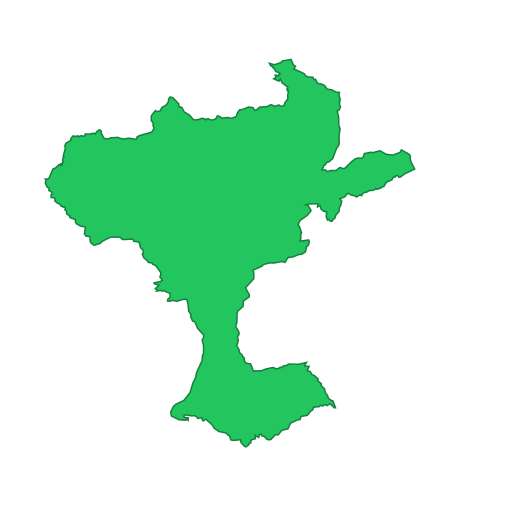 La Playa, Norte de Santander, Colombia (Robinson projection), rotated 72°
{"feature_id": "7082276B99344339057912", "entity_name": "La Playa", "entity_type": "district", "adm_level": 2, "iso_a3": "COL", "parent_name": "Colombia", "parent_adm1": "Norte de Santander", "projection": "robinson", "projection_center": [-73.187, 8.269], "detail": "fine", "context": "isolated", "style": "filled", "palette": "green", "viewbox_px": 512, "rotation_deg": 72, "n_neighbors": 0, "source": "geoboundaries", "source_scale": "gbopen_adm2", "svg_char_len": 6076}
<svg xmlns="http://www.w3.org/2000/svg" viewBox="0 0 512 512"><g transform="rotate(72 256 256)"><path d="M424.9,227.3L417.3,227.7L416.4,229.3L413.6,231.1L410.8,231.1L407.6,232.2L403.6,231.9L399.3,234.1L397.9,233.3L393.3,236.0L392.2,234.9L387.5,237.6L386.0,239.5L382.7,240.1L381.0,242.8L377.4,239.6L375.8,243.6L375.0,243.5L372.9,240.9L372.1,249.1L368.8,258.5L369.5,260.4L369.1,264.3L370.2,265.7L369.2,267.4L369.9,268.6L369.4,272.4L367.9,273.2L367.2,274.9L366.5,282.1L366.9,285.9L364.5,294.1L357.0,294.4L355.2,297.9L352.9,299.5L348.9,298.7L348.2,299.6L345.7,299.8L343.1,301.4L339.6,301.1L335.5,302.1L330.9,298.9L327.4,298.7L325.1,296.2L322.7,295.8L316.5,297.1L313.1,294.6L304.6,291.7L302.8,290.3L299.8,283.8L295.0,282.1L292.9,275.1L290.9,274.3L283.0,275.8L276.9,265.1L271.2,263.3L268.6,263.4L267.4,253.0L266.4,251.7L266.8,245.0L268.2,241.2L269.2,233.3L271.0,230.3L267.4,226.1L268.3,220.7L267.8,215.1L268.5,212.2L267.4,207.7L263.0,205.2L261.7,202.6L258.6,200.8L257.0,201.0L255.5,209.4L253.1,207.9L249.5,206.9L248.2,205.6L241.9,205.5L238.8,206.2L235.7,202.8L233.3,195.0L230.3,190.0L229.3,189.6L224.2,190.8L222.8,192.9L222.9,189.3L225.6,180.7L228.3,182.3L228.0,179.5L231.7,179.6L234.1,178.1L235.9,175.2L240.1,177.0L243.9,176.9L243.7,175.4L245.7,174.7L246.4,172.9L245.1,171.4L244.6,169.5L241.7,167.3L239.2,163.2L235.1,161.3L234.5,160.1L230.3,157.5L227.5,158.6L227.2,153.3L224.9,149.9L225.6,147.9L227.2,147.1L229.4,143.2L230.9,142.4L230.1,138.2L231.3,136.8L230.2,136.0L229.0,133.5L229.5,130.8L228.8,128.4L229.7,124.3L229.6,122.4L228.8,121.3L229.9,120.4L230.1,119.0L229.6,117.9L230.1,116.6L229.1,114.5L229.5,113.0L226.2,109.3L225.5,103.1L224.1,101.9L223.4,100.5L223.9,99.3L222.9,98.2L223.4,96.3L225.3,95.8L225.5,93.9L223.9,89.7L222.3,78.2L214.4,79.5L211.5,79.4L208.6,78.3L206.3,79.1L200.0,85.0L202.0,87.0L202.3,94.7L199.5,100.8L194.2,105.5L193.8,112.9L192.8,114.7L192.1,121.3L195.3,123.6L195.7,125.4L194.4,128.5L194.3,131.4L195.6,135.4L200.1,144.6L199.7,146.4L197.7,148.8L199.4,153.4L197.8,158.5L197.8,161.9L195.5,163.6L194.6,166.6L191.2,163.7L190.5,161.6L188.9,160.1L189.0,157.5L187.1,153.0L178.4,146.0L176.5,143.4L174.6,142.0L167.3,139.9L161.0,136.7L156.9,136.8L149.3,134.4L143.2,134.0L142.8,131.8L140.6,129.7L137.9,129.7L135.0,128.8L133.4,127.5L128.9,127.5L126.2,126.1L125.2,128.8L121.2,132.8L119.3,136.8L114.9,138.1L112.1,141.4L111.0,144.0L106.3,144.8L106.0,146.4L103.5,146.7L102.2,150.4L100.2,153.1L97.9,153.6L96.5,154.8L89.8,162.2L87.8,159.8L85.7,161.4L79.9,161.9L78.7,170.3L79.7,172.8L79.8,178.0L79.5,179.8L76.9,183.7L79.9,183.2L80.8,181.6L82.1,181.8L83.2,180.8L86.8,180.1L88.4,177.9L90.2,176.8L90.6,178.3L91.7,179.1L90.1,181.0L90.0,182.0L92.3,181.6L93.0,184.4L96.8,180.2L95.0,178.2L99.3,177.7L105.2,173.6L107.2,175.3L108.2,174.0L109.0,174.9L110.4,174.6L112.6,176.1L116.3,177.1L119.2,181.2L120.5,181.8L121.9,183.9L120.7,186.7L119.4,187.6L119.5,191.5L116.6,195.2L117.4,199.1L115.5,206.5L117.1,210.0L117.2,211.8L116.0,212.7L114.0,212.9L112.0,217.0L112.5,223.1L111.9,226.5L114.2,229.5L117.3,231.7L117.5,236.8L115.7,239.7L114.4,245.6L111.6,247.9L110.8,249.4L113.4,252.2L113.0,256.4L110.5,259.3L111.0,261.9L109.8,262.3L108.3,264.9L108.5,268.7L107.4,273.2L101.7,275.6L96.6,279.8L91.8,280.6L90.0,283.2L87.5,282.4L80.0,286.0L78.2,288.4L79.6,290.6L81.9,291.4L83.6,293.2L84.7,294.9L85.7,299.6L88.5,302.4L87.9,305.9L86.6,306.8L89.7,311.4L91.2,312.7L95.2,313.8L97.0,312.6L100.6,313.7L102.8,313.3L106.0,316.8L105.5,329.7L106.1,332.5L107.1,332.6L107.9,334.0L104.4,341.2L104.1,344.9L102.1,349.0L100.5,350.7L98.7,357.6L98.9,361.0L97.3,364.1L91.2,365.3L89.6,364.5L87.6,365.7L88.3,368.6L90.2,371.1L89.0,372.5L88.6,377.0L87.1,380.6L88.8,381.3L88.7,383.4L87.5,385.0L87.9,388.1L86.7,388.1L86.5,390.4L85.3,393.2L87.2,395.8L88.8,396.6L90.0,401.8L92.0,403.7L94.9,404.2L101.3,408.4L102.6,408.2L103.0,409.2L105.3,410.5L107.1,410.1L107.7,411.6L109.5,412.2L109.5,413.4L108.3,412.3L107.9,412.7L108.5,413.9L108.2,415.1L110.2,419.1L110.5,422.2L117.8,428.6L118.6,430.7L117.7,432.6L118.9,432.4L121.4,433.8L125.7,433.5L127.8,431.7L129.6,432.8L132.2,430.5L133.5,430.6L134.4,432.0L137.1,432.8L138.2,430.1L139.4,429.4L141.3,430.3L143.7,429.1L146.2,426.5L148.4,426.0L148.8,424.8L149.9,424.5L149.8,423.2L152.0,422.4L152.9,423.5L154.7,422.4L157.5,423.1L160.4,420.6L161.1,421.2L162.2,420.9L165.6,416.4L167.8,417.2L170.0,416.7L173.4,413.5L175.7,409.3L181.9,412.3L184.5,411.6L186.4,407.7L190.2,409.1L192.7,408.9L195.8,406.7L195.9,400.5L194.4,397.1L193.1,388.3L196.1,379.5L198.8,378.1L199.5,376.7L201.7,368.5L202.8,367.6L204.2,367.8L205.7,364.4L207.1,362.9L212.2,363.3L215.7,361.6L218.3,362.3L219.1,363.6L223.2,363.2L226.7,360.9L228.9,360.3L230.6,357.0L231.9,356.8L234.2,354.3L242.0,351.8L244.2,352.2L246.3,353.9L250.1,352.5L250.2,353.7L251.1,354.7L250.5,356.0L250.1,361.4L251.0,361.2L253.7,357.4L256.0,361.9L257.8,360.2L258.6,361.3L259.3,357.3L260.4,356.2L260.3,354.7L265.0,349.4L268.8,350.4L269.7,353.0L271.5,354.1L272.4,352.0L272.5,348.8L274.6,345.3L274.7,338.7L275.8,335.3L280.8,335.5L287.6,337.1L291.9,336.0L293.5,336.9L296.8,336.6L298.3,336.3L299.9,334.5L307.0,333.8L314.8,330.3L316.5,330.5L319.6,333.3L324.8,333.5L332.3,336.0L334.3,337.7L338.7,339.5L348.5,348.5L353.4,351.3L357.3,355.3L365.5,360.9L371.1,369.3L372.2,378.0L373.6,381.0L377.9,385.3L382.0,385.9L388.0,379.7L389.4,376.4L390.5,373.2L389.9,371.9L391.2,371.3L389.0,370.5L387.6,373.6L386.6,374.3L385.4,373.6L385.4,371.9L388.0,367.0L389.0,363.5L390.9,362.0L392.5,361.6L393.0,357.6L396.1,357.7L396.5,356.9L395.6,354.8L396.2,353.9L402.9,349.9L407.0,348.9L411.5,345.4L415.4,338.7L417.4,338.2L418.8,336.8L423.1,336.8L424.4,334.6L425.9,327.5L428.7,327.9L433.1,325.9L434.5,324.5L433.4,321.3L432.2,320.5L432.1,318.7L429.4,317.5L429.6,313.1L426.3,312.4L429.4,309.5L427.0,308.0L427.0,306.2L429.1,305.9L430.2,303.8L433.7,302.3L434.9,300.4L435.1,298.5L432.0,293.0L432.9,290.2L429.8,285.2L430.3,279.1L425.7,274.8L424.7,267.4L425.2,264.8L422.5,262.7L423.4,256.4L420.5,252.0L419.8,249.5L417.6,247.9L418.8,242.5L417.9,240.7L419.3,239.0L418.6,236.0L420.2,234.9L419.5,231.8L420.3,230.7L424.6,228.4L424.9,227.3Z" fill="#22c55e" stroke="#15803d" stroke-width="1.5"/></g></svg>